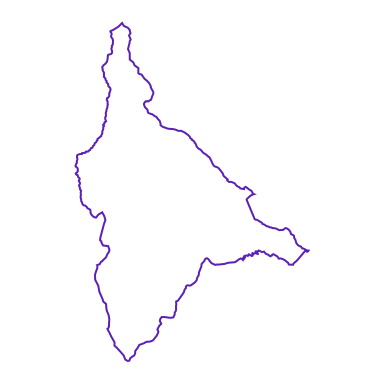 outline of Brosteni, Vrancea, Romania
{"feature_id": "2599482B78982414429299", "entity_name": "Brosteni", "entity_type": "district", "adm_level": 2, "iso_a3": "ROU", "parent_name": "Romania", "parent_adm1": "Vrancea", "projection": "natural_earth1", "projection_center": [27.004, 45.77], "detail": "fine", "context": "isolated", "style": "outline", "palette": "violet", "viewbox_px": 384, "rotation_deg": 0, "n_neighbors": 0, "source": "geoboundaries", "source_scale": "gbopen_adm2", "svg_char_len": 5927}
<svg xmlns="http://www.w3.org/2000/svg" viewBox="0 0 384 384"><path d="M308.5,250.6L307.0,250.4L303.1,248.4L302.2,248.4L300.9,246.5L299.2,246.0L297.7,244.9L296.3,243.0L295.3,239.5L294.7,238.8L294.2,237.8L294.0,235.9L293.8,235.5L290.9,234.0L290.6,232.5L290.1,231.5L289.1,230.1L287.4,228.7L286.0,228.1L285.4,228.2L284.9,228.4L283.3,229.8L279.3,230.2L275.9,228.5L272.1,227.9L271.4,227.5L270.1,227.4L267.9,226.4L266.6,226.2L264.4,224.6L262.4,223.9L262.0,222.9L261.4,222.4L260.2,221.9L259.0,220.9L256.5,219.7L255.4,219.6L254.7,219.2L246.6,199.7L246.8,199.1L250.2,195.9L252.1,194.8L254.0,194.2L252.9,193.7L251.6,191.0L248.6,189.1L246.6,187.4L245.4,186.9L244.2,187.9L244.0,189.1L240.3,188.4L239.3,187.2L237.5,186.4L235.9,185.0L235.0,183.6L233.9,182.9L230.9,181.8L229.1,182.0L227.3,180.5L227.1,180.1L227.6,179.4L223.8,176.1L223.5,175.6L222.7,173.3L218.5,168.0L216.9,167.1L214.6,166.4L213.6,165.5L212.7,164.0L211.2,160.6L209.5,157.3L208.9,157.1L207.0,155.4L204.8,153.7L203.4,153.0L200.7,149.8L198.7,148.7L197.9,148.0L196.7,146.5L195.6,143.7L194.9,142.8L194.6,142.7L194.6,142.2L194.0,141.3L191.9,139.8L192.0,139.4L190.2,138.0L189.8,136.7L188.1,135.0L184.5,132.4L181.1,130.8L178.4,130.9L175.7,129.7L173.2,129.1L168.1,128.7L162.7,126.8L160.6,125.3L160.5,123.3L159.6,120.7L157.4,118.5L157.1,117.7L156.2,116.8L155.0,116.3L152.3,114.3L148.8,113.2L148.2,112.7L147.7,111.5L147.7,110.3L147.1,109.4L144.9,107.1L144.7,106.5L144.0,104.7L144.1,103.3L145.5,101.4L146.8,101.2L146.9,101.4L147.3,101.2L148.6,101.4L149.1,100.7L151.1,99.7L152.0,96.8L153.2,93.8L153.4,93.0L153.2,91.7L151.3,88.5L150.7,87.0L150.8,86.2L149.2,83.2L146.6,80.4L144.6,78.9L141.6,74.6L138.8,73.7L138.3,73.1L138.4,68.1L134.6,65.4L133.5,62.8L133.0,62.1L129.8,59.6L129.7,53.0L128.0,49.0L129.5,43.2L129.8,40.9L130.6,39.7L130.6,39.2L129.1,35.7L129.4,34.7L130.4,33.5L130.4,32.9L129.8,31.1L129.8,30.1L127.9,27.8L123.7,25.8L122.1,23.0L118.5,26.6L113.7,29.6L110.4,31.2L110.4,31.7L111.2,32.7L111.6,33.7L111.6,34.5L111.1,35.9L111.1,36.6L111.8,38.0L112.6,38.8L113.0,40.8L112.8,44.5L111.8,45.8L112.0,46.7L111.4,48.8L111.6,50.0L112.1,50.9L112.1,52.2L111.9,53.1L111.2,53.9L108.1,54.9L107.9,55.4L107.6,58.9L107.0,61.6L105.5,63.7L103.8,65.0L102.3,66.9L102.3,67.7L102.7,68.9L102.5,69.9L104.1,73.0L103.8,74.1L104.1,75.2L103.9,76.8L105.4,78.4L105.4,79.1L105.8,80.2L106.7,81.2L106.5,82.3L106.6,82.6L107.7,83.4L108.2,84.0L108.3,86.1L110.1,87.9L110.6,89.3L109.9,92.0L109.3,93.0L109.5,93.7L109.1,94.3L109.3,95.5L109.2,96.1L108.0,97.8L107.2,98.1L106.9,98.5L106.8,100.1L107.2,100.3L107.6,101.7L107.6,103.6L107.9,104.5L107.5,105.4L107.4,107.3L106.8,108.6L106.6,110.0L106.3,110.9L106.3,111.6L105.9,112.3L105.8,113.4L106.0,115.8L105.2,117.4L105.3,119.4L106.1,121.3L104.5,122.3L104.4,122.5L104.6,123.2L104.4,123.6L103.1,124.9L104.1,126.0L103.2,127.1L103.3,128.8L102.3,131.5L102.3,133.5L101.2,135.5L101.2,136.1L97.5,139.0L97.4,140.3L96.8,140.6L96.7,141.3L96.0,142.4L94.8,143.1L94.3,144.9L93.9,145.4L93.2,145.7L92.5,147.4L92.0,147.9L90.9,148.2L90.0,150.1L88.8,150.6L88.2,151.5L86.1,151.5L85.8,151.7L85.8,152.4L85.5,152.7L82.1,153.1L82.0,153.9L79.7,154.1L77.8,154.8L77.3,155.2L77.0,156.0L77.0,157.6L77.3,158.0L77.4,159.5L76.8,161.0L76.9,162.7L76.1,164.0L75.5,166.1L75.7,166.6L76.7,167.2L77.5,168.1L77.8,169.1L77.7,170.3L77.9,170.9L77.2,172.3L75.9,173.2L75.7,173.6L76.4,174.7L77.6,175.1L78.3,177.2L79.4,178.1L79.7,178.7L79.5,179.7L78.9,180.3L78.8,181.1L79.8,182.5L80.0,183.8L79.1,185.2L79.0,185.7L79.8,187.1L79.8,188.5L80.3,189.3L80.2,189.6L81.1,190.8L80.7,192.7L80.9,195.5L80.6,196.4L80.7,198.0L81.1,199.2L81.3,201.4L82.0,202.3L82.5,204.2L83.5,205.2L84.9,205.5L85.9,206.2L86.8,207.0L87.4,208.2L90.3,209.7L90.7,213.4L91.2,214.3L93.1,216.5L94.7,217.3L96.0,217.6L98.3,214.7L102.2,212.3L104.2,215.9L105.4,220.0L104.0,223.9L101.4,233.7L100.2,238.4L100.2,240.4L101.3,241.3L101.5,242.7L103.1,245.5L108.1,246.1L109.5,249.8L109.0,251.8L107.2,254.4L106.6,256.0L105.6,257.8L103.3,259.9L102.1,261.3L101.0,261.8L99.8,264.1L97.2,265.1L97.4,265.4L97.3,268.0L95.8,272.1L95.0,274.9L95.2,279.8L98.3,285.8L99.3,291.6L102.6,299.2L103.3,301.6L106.0,303.9L106.6,310.2L108.6,315.0L109.3,319.0L108.9,326.8L108.2,328.3L107.4,329.0L109.4,332.6L111.3,336.7L114.5,342.2L114.5,345.7L116.7,347.6L123.6,355.3L125.4,359.7L127.8,361.0L129.4,360.6L130.2,358.3L131.8,356.9L133.9,355.7L134.4,355.1L135.1,353.4L135.3,350.9L137.4,348.3L139.3,344.9L144.3,343.1L145.5,342.2L146.6,341.8L149.9,341.6L152.4,340.7L153.3,340.0L156.6,335.8L158.0,333.1L158.4,331.6L157.4,329.4L159.3,325.7L161.1,324.0L161.2,323.3L160.2,321.9L159.9,320.5L160.3,318.9L161.6,317.1L164.2,317.0L169.9,317.8L173.1,317.5L173.4,317.3L174.7,314.5L174.7,312.7L175.8,310.9L176.1,309.5L176.0,305.9L176.3,304.6L176.1,302.2L176.2,301.4L177.6,300.9L178.1,300.5L183.6,292.7L184.0,291.8L184.6,289.6L185.9,288.1L185.9,286.7L186.5,285.8L187.4,285.3L189.8,285.6L190.9,285.3L195.0,282.3L196.2,280.8L196.8,279.9L196.9,278.7L197.6,277.0L198.1,276.0L198.7,275.3L199.0,272.3L201.3,266.6L201.6,264.0L204.4,260.9L205.0,259.3L205.8,258.6L206.3,258.3L207.2,258.3L208.0,258.8L211.4,263.1L215.2,264.9L216.4,264.5L218.2,264.6L224.7,263.9L227.4,263.0L228.9,262.7L235.0,262.2L237.2,260.7L238.5,259.6L240.7,258.5L241.9,258.8L242.5,259.7L243.1,260.1L243.7,258.9L243.1,258.6L243.2,257.8L243.5,257.4L244.4,258.3L244.9,257.6L245.0,257.3L244.6,255.9L246.6,255.4L247.8,256.0L248.5,255.0L248.5,254.7L248.9,254.3L250.4,255.3L251.6,255.9L252.5,255.8L253.0,254.4L252.2,253.8L252.5,253.1L254.3,253.6L255.3,253.1L257.8,254.0L257.9,253.6L255.8,252.3L255.6,252.0L255.6,251.4L258.2,251.3L258.8,250.5L262.0,252.1L264.0,251.6L265.7,253.7L268.0,254.7L268.3,254.7L269.4,255.8L270.6,256.3L271.0,255.7L271.9,255.5L272.3,254.6L273.4,254.2L273.8,254.4L277.4,256.5L278.7,258.6L279.2,258.7L279.5,258.5L280.6,258.4L282.6,259.0L284.5,260.0L288.2,262.9L288.5,263.9L289.0,264.6L293.2,264.7L293.4,263.8L293.7,263.3L295.9,261.5L297.8,259.6L305.3,250.7L307.0,251.7L308.0,251.4L308.5,250.6Z" fill="none" stroke="#5b21b6" stroke-width="2"/></svg>